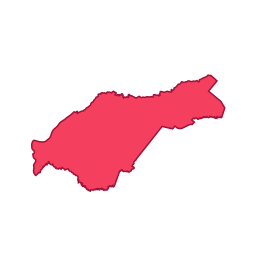 Esquina, Corrientes, Argentina (Albers equal-area conic projection), rotated 29°
{"feature_id": "61730980B30976551851614", "entity_name": "Esquina", "entity_type": "district", "adm_level": 2, "iso_a3": "ARG", "parent_name": "Argentina", "parent_adm1": "Corrientes", "projection": "albers", "projection_center": [-59.269, -29.952], "detail": "fine", "context": "isolated", "style": "filled", "palette": "rose", "viewbox_px": 256, "rotation_deg": 29, "n_neighbors": 0, "source": "geoboundaries", "source_scale": "gbopen_adm2", "svg_char_len": 5815}
<svg xmlns="http://www.w3.org/2000/svg" viewBox="0 0 256 256"><g transform="rotate(29 128 128)"><path d="M175.1,41.8L174.3,42.5L173.1,42.6L172.3,43.1L172.0,44.4L171.0,46.1L169.5,47.7L168.1,50.2L167.3,50.8L167.1,51.4L167.2,51.7L167.8,52.6L167.3,53.3L166.6,53.4L165.4,53.0L164.0,54.7L162.4,55.2L161.8,56.1L160.6,56.9L158.9,57.1L157.6,57.8L157.2,58.9L156.1,59.6L155.2,60.8L154.2,61.3L153.8,61.2L152.4,61.7L152.3,63.8L151.9,64.6L150.9,65.2L150.7,65.5L150.2,68.5L149.6,69.9L149.1,70.3L149.1,71.2L149.5,72.3L149.0,73.1L148.6,73.4L147.5,73.3L147.4,73.6L147.3,73.9L147.5,74.2L148.6,74.8L148.5,75.4L147.6,76.0L144.4,76.9L142.5,79.2L139.5,79.9L138.7,80.4L138.7,81.0L139.1,82.1L139.1,83.4L140.2,84.0L140.1,84.3L139.6,84.8L138.0,84.9L136.4,85.8L135.5,85.7L134.5,86.3L134.3,86.6L134.3,87.0L134.7,88.3L134.8,88.9L133.1,89.4L132.0,90.3L130.9,90.9L129.3,91.4L128.4,92.8L126.1,93.7L125.2,94.8L124.6,95.0L122.4,94.9L122.0,95.4L121.2,97.0L120.5,97.9L115.3,98.1L114.3,98.7L113.9,98.7L113.4,98.2L113.0,98.1L112.4,98.3L112.2,98.9L112.3,99.3L112.6,99.4L113.0,100.3L113.5,100.8L113.4,101.0L113.1,101.2L111.7,101.3L110.8,102.7L109.8,102.7L109.5,103.8L108.9,103.7L107.8,101.7L106.4,100.9L105.7,101.4L105.7,102.1L105.9,102.5L105.4,103.0L105.4,103.3L105.0,103.5L104.4,103.0L104.1,103.1L104.3,104.2L104.1,104.4L103.2,103.8L102.9,103.8L102.5,104.5L102.2,104.7L101.9,105.2L100.6,105.2L100.5,104.8L100.9,103.7L100.6,103.1L100.2,102.8L98.9,103.2L98.0,102.9L97.4,103.1L96.8,103.8L96.6,105.2L94.6,105.6L92.7,106.4L92.2,107.2L92.3,108.4L92.0,108.6L90.4,108.6L90.0,108.9L89.8,109.4L89.0,109.5L87.8,110.0L87.4,110.9L87.8,111.6L86.6,112.1L85.6,112.9L85.6,113.1L86.4,114.4L86.5,114.8L86.3,115.3L85.2,116.5L85.2,118.9L84.6,120.4L84.8,121.1L84.6,122.5L83.8,123.5L84.0,123.7L83.8,124.7L84.0,126.3L83.5,127.8L83.0,128.6L82.9,129.3L81.9,130.6L81.8,132.4L80.7,133.9L80.5,134.9L79.1,135.9L77.1,138.8L76.7,139.6L76.3,139.1L76.1,138.4L75.7,138.1L75.2,138.5L75.1,139.3L74.9,139.6L73.0,140.0L71.4,144.7L69.9,147.7L69.1,149.4L68.7,150.8L66.5,154.9L65.8,156.8L65.4,160.3L64.5,163.4L64.0,164.3L63.5,166.6L63.6,169.1L64.2,171.9L64.4,174.4L62.7,179.0L62.3,179.8L61.0,181.1L58.6,182.4L56.1,183.3L52.7,184.0L51.9,184.3L51.3,184.9L51.2,186.8L51.7,189.0L52.6,190.5L54.0,192.5L55.2,193.2L56.4,193.4L57.3,193.8L58.1,195.0L58.2,195.5L57.4,197.1L59.6,199.6L60.6,200.1L62.8,200.5L63.3,201.4L63.5,202.3L63.3,205.4L63.5,206.3L65.0,208.3L66.2,211.4L67.0,212.5L68.0,213.3L69.9,214.2L70.4,214.2L71.2,212.0L71.4,210.3L72.1,210.2L72.7,209.6L72.7,208.7L72.0,207.6L72.1,207.1L72.6,206.3L72.5,205.0L72.9,203.6L72.5,203.2L72.4,202.7L72.7,202.4L73.3,202.3L73.7,200.5L73.7,198.7L74.4,198.6L74.9,199.5L75.1,199.4L74.8,198.5L75.3,197.6L74.8,196.5L75.0,196.0L75.5,196.0L76.0,196.7L76.7,197.2L77.4,197.2L78.7,197.4L79.7,196.2L80.3,197.1L80.5,197.2L81.3,197.3L81.8,197.7L83.3,197.6L84.1,198.2L84.5,197.6L84.8,197.6L85.6,198.1L86.2,197.7L86.9,197.7L87.6,196.2L89.4,196.6L89.6,195.4L89.5,194.5L90.2,194.7L91.9,194.7L93.2,195.3L94.1,194.2L94.5,193.9L94.7,193.2L95.8,192.7L97.1,193.8L97.7,194.0L98.5,193.6L99.9,193.8L100.2,194.1L102.0,194.0L102.6,194.7L103.2,194.5L103.7,194.6L104.0,194.4L104.7,194.6L105.1,194.5L105.3,194.8L106.0,194.5L107.3,194.5L107.9,194.9L108.6,195.9L109.0,197.4L109.6,197.8L110.2,197.7L110.0,198.5L110.5,198.8L111.1,199.8L111.3,199.2L111.8,198.9L112.2,199.0L112.9,198.6L113.3,199.1L113.7,199.2L114.1,198.5L114.6,198.4L115.0,198.6L115.2,199.0L114.4,199.6L114.5,200.1L114.7,200.3L115.9,200.6L116.3,201.0L116.6,201.1L116.8,200.9L116.6,200.5L116.3,200.2L117.1,200.1L117.1,200.5L117.8,200.4L118.3,200.7L118.7,200.7L118.4,200.3L118.4,199.8L118.7,199.5L119.3,199.7L119.7,200.6L120.1,200.9L121.2,200.9L121.5,201.5L122.3,201.7L122.7,201.1L123.0,201.1L123.7,201.8L124.7,201.5L125.6,201.5L125.6,201.0L125.2,200.6L125.2,200.2L126.5,199.7L126.9,199.2L127.6,199.3L127.8,198.6L128.5,198.4L128.5,197.8L129.2,197.4L129.8,197.6L129.9,197.3L129.5,197.4L129.5,197.1L129.8,196.9L129.8,196.5L129.9,196.4L130.3,196.5L130.4,196.8L131.2,196.7L131.1,195.5L131.7,195.4L132.0,195.8L132.5,195.9L132.6,196.0L133.0,195.9L132.7,195.5L132.7,195.1L133.3,194.4L134.3,194.6L134.4,193.4L135.5,193.5L135.7,194.0L136.0,193.9L136.5,194.2L136.7,193.7L137.2,193.9L137.2,193.4L138.7,193.1L138.8,192.9L139.8,192.2L139.5,191.6L139.9,191.4L139.8,190.8L140.1,189.8L139.1,189.1L139.2,188.9L139.8,188.7L139.7,188.0L139.9,187.6L140.2,187.5L140.2,187.8L140.6,187.8L141.9,187.4L141.8,186.9L141.8,186.5L142.3,185.8L142.5,186.4L143.1,186.0L143.1,186.7L143.9,186.5L143.9,186.2L143.6,186.0L144.2,185.4L141.5,169.1L141.6,169.3L142.4,169.2L142.4,168.4L142.7,168.3L142.6,168.0L143.1,167.4L143.3,167.4L143.4,167.7L143.8,168.1L145.1,168.3L145.8,167.7L147.4,166.9L148.2,166.7L148.2,166.3L148.8,166.2L149.4,166.3L149.6,166.0L150.1,166.1L150.4,165.9L151.5,163.9L151.2,162.9L151.5,162.2L152.8,160.7L152.8,159.9L152.2,159.5L151.6,159.6L151.2,159.3L150.3,159.6L150.2,159.5L149.8,157.9L150.2,157.5L150.4,156.9L150.3,155.9L149.8,155.3L149.6,154.3L149.7,153.9L150.0,153.7L150.0,153.1L150.4,152.3L150.3,151.1L157.1,110.1L167.5,107.1L168.1,103.7L171.5,104.1L173.0,103.6L174.7,102.7L175.8,101.5L180.0,95.5L181.1,94.4L182.4,93.9L183.2,90.7L179.9,90.0L180.4,87.9L181.1,87.9L181.9,87.5L181.8,86.7L182.6,86.2L183.4,85.9L184.5,86.5L184.7,86.2L185.4,86.1L185.8,84.6L186.2,84.2L186.5,84.1L186.7,84.6L187.6,84.0L188.0,83.4L187.9,82.9L188.6,82.6L188.7,81.6L189.8,81.6L189.7,81.1L189.9,80.8L191.2,80.9L191.4,80.5L191.3,79.9L191.5,79.8L193.1,80.0L193.6,79.7L194.0,78.9L194.5,78.5L194.3,78.1L195.0,78.2L195.4,77.5L196.6,77.8L197.6,77.2L198.2,77.2L198.3,76.4L198.5,76.4L199.5,77.1L199.9,77.1L200.2,76.6L201.0,76.5L200.9,76.3L200.1,75.9L200.3,75.1L200.5,74.9L200.7,75.3L201.2,75.3L202.3,74.8L202.9,74.2L203.5,74.2L203.5,73.5L204.6,73.6L204.8,73.3L202.9,63.5L196.3,59.7L180.6,56.7L183.0,43.7L175.1,41.8Z" fill="#f43f5e" stroke="#9f1239" stroke-width="1.5"/></g></svg>